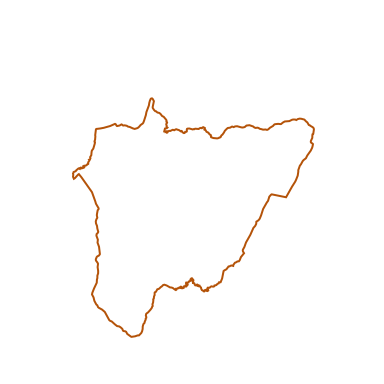 outline of Guachetá, Cundinamarca, Colombia, rotated 332°
{"feature_id": "7082276B56443228880790", "entity_name": "Guachetá", "entity_type": "district", "adm_level": 2, "iso_a3": "COL", "parent_name": "Colombia", "parent_adm1": "Cundinamarca", "projection": "orthographic", "projection_center": [-73.705, 5.391], "detail": "fine", "context": "isolated", "style": "outline", "palette": "amber", "viewbox_px": 384, "rotation_deg": 332, "n_neighbors": 0, "source": "geoboundaries", "source_scale": "gbopen_adm2", "svg_char_len": 6054}
<svg xmlns="http://www.w3.org/2000/svg" viewBox="0 0 384 384"><g transform="rotate(332 192 192)"><path d="M137.1,91.4L136.5,91.7L133.2,96.4L132.8,97.5L131.0,100.3L129.7,101.5L129.5,102.1L129.7,102.5L128.8,103.7L125.2,107.4L123.1,108.4L122.6,108.9L121.6,110.3L120.4,112.2L118.4,113.4L118.2,114.5L117.2,115.3L116.4,115.2L116.5,115.7L116.4,115.9L114.4,117.0L114.0,117.8L113.6,117.8L113.2,118.1L113.2,118.5L112.3,118.5L111.6,118.8L110.7,118.8L109.4,118.3L109.1,118.8L108.5,118.2L108.1,118.1L107.9,118.3L108.0,119.7L107.7,119.8L107.3,119.6L105.9,119.4L105.7,118.6L105.4,118.4L105.0,119.0L104.1,118.8L103.8,119.0L103.6,118.7L103.7,118.1L102.8,117.9L100.0,118.5L99.1,119.0L96.8,118.8L96.3,119.4L95.6,119.8L95.3,121.0L94.1,122.7L93.9,124.9L95.1,124.8L98.1,123.7L100.0,123.1L100.5,123.1L101.3,127.1L103.6,145.2L102.2,154.9L101.7,157.3L101.9,162.5L101.4,163.3L100.2,163.8L99.6,164.5L97.4,167.3L97.0,168.0L96.3,170.3L94.8,171.2L93.3,172.7L92.5,174.6L92.2,177.4L91.3,179.7L90.5,183.2L89.7,183.8L88.0,184.4L87.1,185.7L86.5,189.9L84.8,192.4L84.2,196.7L81.6,203.4L81.3,203.8L80.0,204.4L78.1,204.4L77.3,204.7L75.5,206.2L75.0,207.4L75.4,210.0L75.3,211.3L73.4,214.0L72.1,217.6L70.9,219.8L69.2,221.4L68.0,223.6L67.0,224.6L65.3,227.4L60.2,231.2L56.8,234.1L55.6,235.5L55.6,238.8L54.7,242.3L54.7,246.4L55.2,247.6L55.0,249.4L55.3,250.4L57.4,253.6L58.7,257.0L58.8,266.3L59.4,267.6L60.3,268.5L61.8,272.7L62.9,275.2L64.7,276.6L65.7,278.6L66.2,280.2L66.0,282.1L66.4,282.7L67.7,283.7L68.2,284.5L68.2,286.9L70.3,291.2L70.6,291.5L74.0,292.7L76.6,293.1L77.9,293.7L81.0,292.7L82.5,291.6L84.1,289.8L85.3,287.7L86.4,286.5L87.3,285.7L88.6,285.3L89.5,284.2L91.2,282.9L91.7,282.0L92.6,281.6L93.0,280.8L93.2,279.5L94.2,278.2L95.0,277.9L96.6,277.7L99.9,276.5L102.0,275.5L103.1,274.5L103.8,274.2L104.4,272.5L105.7,271.4L107.0,269.5L107.4,268.5L108.2,268.2L109.5,266.3L110.5,265.6L111.8,263.3L112.2,263.1L113.2,263.2L115.8,261.6L116.7,261.9L117.7,261.9L119.7,261.3L121.0,261.2L122.9,260.6L124.1,260.9L125.7,262.6L127.8,265.9L129.0,266.7L129.9,267.6L131.2,270.3L131.7,271.0L132.3,270.9L132.6,270.0L133.4,270.4L134.5,270.3L135.0,270.7L135.7,270.4L137.0,271.5L137.1,271.1L136.8,270.5L137.1,270.3L137.6,270.3L138.3,270.9L138.4,272.3L138.6,272.6L139.8,272.7L140.5,271.7L140.9,271.5L142.3,272.7L142.7,272.7L143.1,272.1L143.0,271.4L143.5,271.4L144.2,272.1L144.7,271.8L144.8,270.9L143.9,269.8L144.2,269.3L144.4,269.2L145.4,269.9L146.6,270.1L147.0,269.6L147.3,269.5L148.7,269.7L149.7,268.4L150.7,268.0L151.4,268.1L151.8,269.9L150.4,270.3L150.6,270.8L151.3,271.2L150.3,272.3L150.1,272.8L150.9,273.3L151.2,274.0L150.9,275.0L151.1,276.0L152.2,276.4L152.7,276.1L153.2,276.2L153.6,276.9L153.0,277.2L152.8,277.5L153.5,278.2L153.9,277.9L154.7,278.2L154.7,279.3L155.1,280.6L154.7,281.8L154.7,283.3L155.6,284.5L155.6,285.1L156.0,285.5L156.4,285.5L157.2,284.7L158.4,284.9L157.9,285.5L158.3,285.8L158.7,286.4L159.1,286.7L160.1,286.6L160.3,285.8L159.7,285.4L159.6,285.0L160.9,283.9L162.6,284.8L164.1,284.4L164.8,284.4L166.2,285.5L167.1,285.7L167.4,285.7L167.9,285.1L169.8,285.6L171.5,285.0L172.7,285.2L173.6,284.4L174.5,285.0L174.9,285.1L178.0,282.5L182.8,276.6L183.9,276.4L186.1,276.4L189.3,274.9L190.2,275.3L191.4,275.2L192.5,275.5L193.7,276.6L194.4,275.7L196.7,274.6L198.2,274.8L199.4,274.6L200.9,275.2L202.1,274.6L204.7,272.4L209.2,270.5L209.1,268.4L209.4,267.4L209.9,266.8L212.5,265.1L216.0,261.9L223.4,257.2L229.4,252.5L231.9,251.6L233.0,250.8L233.7,250.3L234.9,248.4L237.3,248.2L239.2,247.4L242.0,245.1L246.8,240.4L253.1,236.4L255.0,235.5L258.1,232.4L260.6,231.5L261.3,231.5L272.6,240.8L282.9,234.2L288.0,231.3L289.6,230.1L293.0,227.2L295.3,224.1L296.1,222.6L299.6,219.4L301.2,218.7L304.2,216.7L305.5,216.2L308.4,215.7L310.9,213.9L316.3,211.2L318.9,209.3L320.1,208.0L321.3,206.5L321.1,205.8L320.3,204.2L320.4,203.5L321.1,202.6L323.6,200.7L325.1,198.1L325.6,197.6L326.1,197.8L326.5,197.4L329.0,194.0L329.3,193.1L329.3,192.2L328.9,191.3L327.5,189.0L327.4,188.5L326.6,187.6L326.5,184.7L325.8,183.1L325.3,181.1L325.1,180.7L322.8,178.6L321.6,177.8L319.8,177.3L317.8,177.4L317.3,176.6L315.4,175.5L314.3,175.2L311.2,175.1L307.1,173.3L305.2,173.3L302.5,173.8L302.0,173.6L300.1,172.3L297.1,171.1L296.1,171.1L294.6,171.7L290.9,171.9L289.1,172.4L287.9,172.5L287.3,172.3L286.4,171.4L284.0,170.3L282.9,169.2L281.5,168.0L280.8,166.7L280.1,166.0L278.1,165.2L277.3,164.2L276.8,162.9L274.1,160.0L271.3,158.9L269.0,159.4L267.1,158.9L265.9,158.1L262.7,155.1L260.8,154.3L259.3,154.3L258.2,153.1L257.8,153.0L255.9,153.1L253.7,152.3L252.5,152.5L249.7,153.4L248.1,154.5L245.9,155.6L244.4,155.9L243.2,156.9L242.2,157.0L241.8,156.7L240.9,156.9L239.4,156.5L236.2,154.4L234.6,152.6L234.7,152.1L235.1,151.6L235.0,151.1L235.3,150.6L234.5,149.1L234.5,148.0L234.2,147.6L234.1,146.9L233.1,145.7L233.0,143.5L232.5,143.2L232.2,142.7L232.5,142.2L233.3,141.8L233.4,141.5L232.3,140.0L231.3,140.0L230.9,140.3L230.6,140.3L229.8,139.5L228.6,139.3L227.5,139.5L224.5,137.6L223.3,137.6L222.9,137.2L222.0,137.1L219.6,134.8L218.0,134.0L217.3,133.9L216.8,134.3L216.0,135.9L215.5,136.2L215.0,136.1L214.2,135.7L213.2,136.4L212.8,136.3L212.4,136.1L211.6,134.7L211.7,133.7L211.5,133.3L211.3,133.1L210.6,133.2L209.4,131.0L208.3,130.1L207.9,129.4L206.8,129.0L205.5,129.2L205.1,129.0L204.8,128.5L204.1,128.0L201.4,127.9L200.6,127.3L199.3,127.2L198.3,127.9L198.0,127.9L198.1,127.0L197.6,127.2L197.5,126.4L196.6,126.5L196.6,125.7L196.0,125.4L197.9,123.3L199.6,123.8L200.6,123.6L200.2,122.4L200.8,121.5L200.9,120.4L201.2,119.9L202.6,119.1L202.7,118.8L202.4,118.5L202.4,117.9L203.1,116.8L203.1,116.0L202.3,112.3L201.3,110.9L200.8,108.1L200.2,106.8L198.8,105.6L198.1,103.8L197.5,103.4L197.0,101.8L196.8,99.4L197.1,98.6L201.0,93.9L201.0,91.5L200.6,90.5L199.4,90.3L197.7,91.6L196.1,93.3L194.6,95.3L189.3,100.0L187.3,102.5L183.3,106.4L181.5,108.0L180.6,108.4L178.1,108.7L175.9,109.6L174.0,110.0L171.0,109.4L169.6,108.0L167.6,105.4L166.1,104.1L165.5,102.9L163.8,101.5L162.4,101.0L161.6,99.3L161.2,99.2L159.3,99.3L156.8,98.6L156.6,98.3L156.4,96.2L156.0,95.7L150.6,95.3L147.9,94.7L144.2,93.9L140.7,92.8L137.1,91.4Z" fill="none" stroke="#b45309" stroke-width="2"/></g></svg>